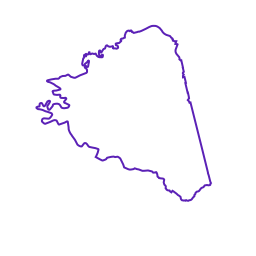 outline of Boroondara, Victoria, Australia, rotated 338°
{"feature_id": "25037944B53457392645615", "entity_name": "Boroondara", "entity_type": "district", "adm_level": 2, "iso_a3": "AUS", "parent_name": "Australia", "parent_adm1": "Victoria", "projection": "albers", "projection_center": [145.049, -37.826], "detail": "fine", "context": "isolated", "style": "outline", "palette": "violet", "viewbox_px": 256, "rotation_deg": 338, "n_neighbors": 0, "source": "geoboundaries", "source_scale": "gbopen_adm2", "svg_char_len": 5648}
<svg xmlns="http://www.w3.org/2000/svg" viewBox="0 0 256 256"><g transform="rotate(338 128 128)"><path d="M109.6,51.2L109.4,52.1L109.5,52.9L110.1,53.3L110.8,53.4L111.4,53.1L112.0,52.5L114.8,51.6L116.1,50.7L116.6,50.7L116.9,51.1L116.8,51.5L116.4,52.4L115.3,53.9L114.4,55.5L113.8,56.2L113.2,56.2L112.8,55.9L112.5,55.6L112.2,54.6L111.8,54.3L111.3,54.3L111.1,54.6L110.7,55.3L110.7,55.9L110.8,56.3L111.6,57.5L111.8,58.4L111.5,59.5L111.0,60.7L110.5,61.1L109.9,61.3L103.3,61.2L98.9,61.6L97.6,61.6L96.5,61.0L94.2,59.1L92.8,56.3L92.3,56.0L91.7,56.0L89.5,56.2L86.8,55.3L84.9,55.3L84.1,55.3L83.0,56.0L81.8,56.2L79.4,55.2L75.0,54.2L71.7,53.7L70.9,53.7L70.7,53.8L70.5,54.2L70.8,54.8L71.0,55.1L72.9,56.5L75.3,59.2L76.1,60.3L76.7,61.5L79.2,64.7L79.9,65.9L80.0,66.3L79.8,66.8L79.3,66.9L75.5,66.4L73.1,65.6L72.1,65.6L71.8,65.9L71.7,68.3L71.8,69.0L72.2,69.4L74.5,70.7L76.8,71.4L77.3,71.7L77.4,72.0L77.5,72.5L76.9,73.5L76.8,73.9L76.8,74.4L77.2,75.0L79.8,76.2L81.2,76.5L81.7,77.0L81.8,77.5L81.6,77.9L78.7,79.6L78.5,79.9L78.4,80.4L78.6,80.9L79.6,81.8L81.9,84.4L82.1,84.9L82.0,85.1L81.5,85.7L81.0,86.1L79.7,86.6L76.6,85.9L75.3,85.3L74.4,84.6L74.0,84.1L73.5,81.1L73.0,80.1L72.2,79.4L71.4,78.9L69.5,78.3L68.1,78.1L67.4,78.2L67.1,78.4L66.4,79.4L65.4,80.0L62.8,81.4L62.3,81.6L61.8,81.6L61.3,81.2L61.0,80.5L61.1,78.5L61.3,77.7L61.9,77.0L62.9,76.5L64.9,75.0L65.6,74.2L65.6,73.6L65.4,73.4L64.7,73.1L63.3,73.2L59.4,76.2L58.7,76.5L58.1,76.3L57.8,75.8L57.5,72.9L56.9,72.3L56.3,72.2L55.8,72.2L55.1,72.6L54.1,74.7L53.8,74.8L52.3,74.4L51.0,74.5L50.7,74.9L50.7,75.4L51.3,76.3L51.7,76.8L53.4,77.7L55.6,79.3L57.8,81.6L59.4,82.8L62.2,85.3L62.7,85.9L62.8,87.0L62.6,87.4L61.0,88.6L59.4,89.4L58.3,89.7L57.6,89.5L54.0,87.7L53.2,87.5L52.2,87.6L51.7,87.9L50.8,89.1L50.7,89.7L50.8,89.9L50.8,90.2L51.9,92.3L52.5,92.9L52.9,93.1L58.1,93.2L61.7,93.0L62.9,93.2L64.0,93.8L64.6,94.5L64.9,98.0L65.1,98.7L65.4,99.0L71.3,99.3L73.7,99.0L74.4,99.3L74.5,99.7L74.3,100.5L73.2,105.0L72.5,107.0L72.4,108.2L72.4,109.7L72.6,111.7L73.0,113.1L73.2,114.4L74.4,119.2L74.9,124.4L75.6,125.7L76.8,127.0L77.4,127.4L78.2,127.7L78.7,127.5L80.7,126.3L81.7,125.8L82.4,125.8L83.1,126.2L83.4,126.5L84.0,127.8L84.4,129.8L85.0,131.0L87.8,132.9L90.3,134.5L92.5,136.4L92.6,136.7L92.4,137.2L90.6,139.6L88.1,142.1L87.2,142.8L90.1,146.4L91.9,148.4L92.6,148.7L94.8,148.8L96.0,148.7L97.5,147.8L99.1,148.0L101.8,148.5L103.6,149.0L104.2,149.3L105.1,150.1L107.5,150.7L107.9,151.0L108.9,152.4L109.4,153.4L109.9,160.0L109.7,163.1L112.6,166.1L113.3,166.7L114.2,167.3L115.9,167.8L117.9,168.2L119.0,167.9L120.0,168.6L120.5,169.2L122.5,170.5L125.3,173.1L127.2,173.8L130.1,174.7L130.7,174.9L133.9,177.2L134.2,177.7L134.6,178.8L134.8,178.9L135.9,179.2L136.5,179.5L137.4,179.4L137.7,179.6L137.8,180.2L137.8,181.6L137.5,183.1L137.2,184.0L137.4,184.6L138.0,185.4L138.0,186.0L139.4,186.9L141.1,187.8L141.9,188.4L142.1,189.0L142.2,189.4L141.9,190.0L140.9,191.5L140.7,191.9L140.5,194.1L141.1,195.4L141.2,196.2L140.3,198.1L140.6,198.7L140.6,199.3L141.0,200.1L141.8,200.9L143.1,201.5L143.2,201.8L143.2,202.5L144.1,203.9L145.7,202.9L146.4,203.8L148.4,207.1L149.2,208.9L150.0,209.9L150.8,211.3L150.9,211.7L150.6,212.9L150.5,213.7L150.7,214.6L151.0,215.2L152.6,216.2L153.3,216.4L153.8,216.5L154.0,216.8L154.2,216.7L154.9,216.7L155.4,217.4L156.8,218.1L157.7,217.9L158.7,218.2L159.6,218.2L160.5,217.9L162.4,216.7L162.9,216.6L164.2,215.9L164.3,215.2L164.7,214.8L165.7,214.4L166.4,213.4L166.6,213.3L168.0,212.8L169.4,213.1L170.2,213.0L170.8,212.7L172.9,211.4L173.9,211.1L175.8,211.1L177.6,210.0L179.7,210.4L180.3,210.7L180.9,211.2L182.5,211.6L182.9,211.5L183.3,210.8L184.2,210.7L184.3,210.9L184.2,208.6L185.1,202.0L185.2,199.8L185.4,199.5L188.6,177.1L195.5,127.7L194.5,127.6L194.5,126.0L193.9,124.5L195.7,123.4L195.9,122.4L196.0,122.3L196.8,117.7L196.5,117.7L198.0,107.8L198.6,107.9L199.5,101.8L198.0,101.6L198.2,101.1L198.5,100.2L199.7,99.3L199.3,98.4L199.3,98.0L199.5,97.5L200.0,97.0L200.8,96.8L201.4,92.6L201.6,92.6L202.7,85.7L202.5,85.8L201.5,83.8L201.7,83.7L202.0,81.5L200.7,77.5L200.6,76.4L200.6,75.5L200.9,74.4L201.5,73.2L205.3,69.0L205.2,68.8L203.4,67.8L205.3,65.6L204.9,65.4L203.6,65.1L203.4,64.7L202.4,63.9L202.6,63.5L202.4,62.9L202.8,62.8L202.8,62.2L202.7,61.6L201.8,60.2L201.7,59.4L201.3,58.4L198.4,56.0L197.0,54.2L196.1,52.2L195.8,50.3L194.8,47.2L193.3,45.0L192.0,43.8L190.1,42.9L188.9,42.5L188.0,42.3L185.6,42.3L181.7,42.7L176.7,43.0L174.5,42.9L173.6,42.5L172.4,42.5L169.0,42.0L168.5,41.1L168.2,41.0L168.1,40.7L167.7,40.5L167.8,39.4L167.5,38.8L167.2,38.7L166.9,39.1L166.4,38.6L165.8,38.8L165.5,38.5L165.2,38.0L164.5,37.8L163.5,37.8L161.7,38.7L159.8,40.9L159.5,41.5L159.1,42.7L158.9,43.0L158.5,42.9L156.5,43.1L155.8,42.8L155.4,42.8L154.8,42.9L154.4,43.2L154.1,43.6L154.1,44.0L154.4,44.6L154.2,44.9L151.8,45.8L151.3,45.8L149.6,45.3L148.3,45.2L147.9,46.2L147.9,46.7L149.1,47.7L149.2,48.9L149.0,49.6L148.8,49.9L148.0,50.2L147.2,50.2L145.6,49.2L144.3,48.8L144.0,48.4L144.6,46.9L144.5,46.4L143.2,46.3L141.6,45.9L140.3,44.9L139.6,43.6L138.9,43.4L137.9,43.9L137.5,44.5L136.6,45.5L136.2,45.7L135.1,45.6L134.4,45.9L131.6,48.0L131.3,48.0L131.1,47.6L131.2,46.1L131.0,45.6L130.6,45.5L130.1,45.7L129.6,46.5L129.0,47.8L128.7,49.0L128.6,50.5L128.6,50.8L129.0,51.2L131.1,50.5L131.6,50.5L132.0,50.7L132.0,51.2L131.5,52.1L131.1,52.6L130.5,52.7L128.1,51.7L127.2,51.0L126.9,50.6L126.2,49.3L126.0,48.3L126.0,47.6L125.8,46.9L125.3,46.8L124.3,46.7L122.7,45.5L121.1,45.6L120.5,45.4L120.2,44.8L120.7,43.5L120.4,43.2L120.2,43.2L119.0,44.6L118.6,44.8L117.8,44.5L116.9,43.6L116.4,43.6L116.2,44.1L116.4,45.3L116.1,45.6L115.8,45.3L115.1,44.2L114.9,44.0L114.6,44.0L114.0,45.0L114.1,46.0L113.7,46.3L112.6,46.7L109.6,51.2Z" fill="none" stroke="#5b21b6" stroke-width="2"/></g></svg>